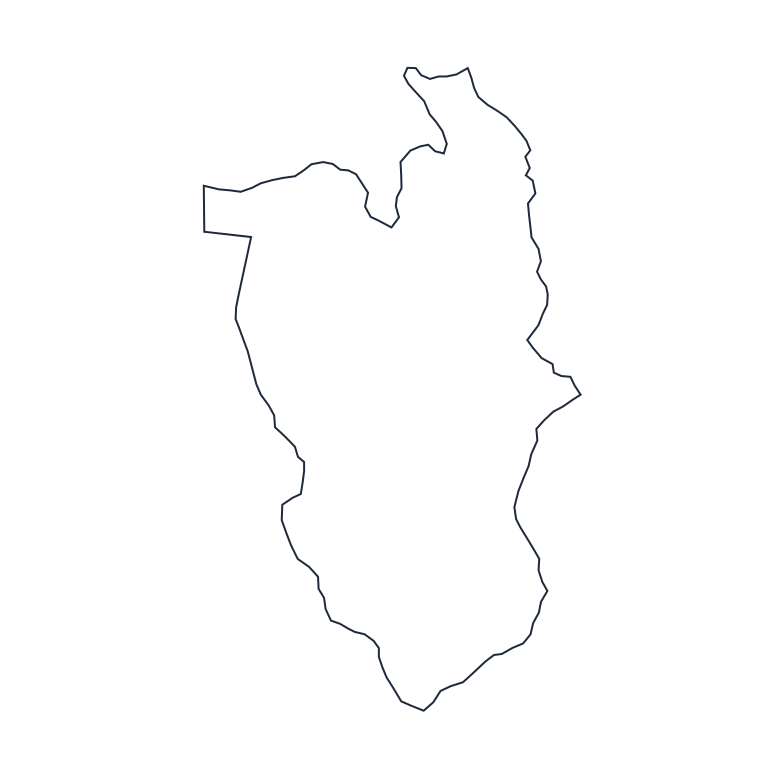 Lontras, Santa Catarina, Brazil (orthographic projection), rotated 5°
{"feature_id": "56859067B57169366495150", "entity_name": "Lontras", "entity_type": "district", "adm_level": 2, "iso_a3": "BRA", "parent_name": "Brazil", "parent_adm1": "Santa Catarina", "projection": "orthographic", "projection_center": [-49.504, -27.189], "detail": "fine", "context": "isolated", "style": "outline", "palette": "slate", "viewbox_px": 768, "rotation_deg": 5, "n_neighbors": 0, "source": "geoboundaries", "source_scale": "gbopen_adm2", "svg_char_len": 2139}
<svg xmlns="http://www.w3.org/2000/svg" viewBox="0 0 768 768"><g transform="rotate(5 384 384)"><path d="M439.9,62.0L429.2,69.3L419.5,72.2L411.6,72.9L403.2,76.1L394.1,73.1L388.1,66.5L379.8,67.0L377.0,75.2L382.0,82.7L388.6,89.0L399.4,98.8L406.0,111.4L412.9,118.2L420.2,127.0L425.6,139.3L423.5,149.1L414.6,147.7L407.3,141.8L399.5,144.1L390.0,149.1L381.1,161.4L382.9,174.2L384.4,187.5L380.6,196.7L380.3,205.8L384.4,216.7L377.8,227.4L364.4,221.7L356.2,218.7L349.7,209.0L351.4,194.8L343.6,184.8L337.9,177.5L329.8,174.3L321.7,174.3L313.9,169.3L304.1,168.2L292.6,171.4L285.8,177.8L277.2,184.8L265.5,187.5L254.7,190.7L243.7,194.8L235.6,200.0L224.5,205.0L214.0,204.5L202.6,204.5L187.2,202.2L191.7,248.0L238.8,249.2L231.7,305.6L230.0,320.3L230.5,332.2L234.9,341.0L240.2,352.4L245.4,363.3L256.9,395.5L262.3,405.5L271.1,415.5L277.3,424.8L279.2,436.6L287.5,443.0L294.8,449.1L300.8,454.4L304.6,464.0L311.2,468.7L312.0,477.4L311.6,488.3L310.7,500.8L302.9,505.3L293.2,513.1L294.0,528.6L300.2,542.0L305.5,552.9L313.3,565.8L325.3,572.7L335.1,581.8L336.7,593.8L342.9,602.3L345.5,613.4L351.8,624.3L361.3,626.8L369.4,630.7L376.4,633.5L386.5,635.0L396.2,640.9L401.9,647.6L402.7,656.4L407.2,666.6L412.1,676.0L419.4,685.6L428.9,698.7L439.4,702.2L452.0,706.0L460.9,696.7L467.1,684.8L476.8,679.2L488.7,674.2L498.4,663.7L509.0,651.8L517.1,644.4L524.8,642.7L535.0,635.7L545.1,630.4L551.8,620.7L553.4,609.3L558.2,598.2L559.4,587.2L564.8,575.9L559.1,567.6L554.2,556.1L553.9,544.7L546.9,534.7L539.2,524.2L532.3,514.9L527.4,507.1L524.6,495.3L527.3,478.7L531.4,464.9L535.2,453.2L536.8,441.2L541.7,426.9L539.7,415.5L546.5,406.4L555.1,396.8L564.4,390.7L573.5,383.1L580.8,377.5L574.1,369.0L569.1,360.6L560.0,360.6L552.2,357.9L550.2,349.5L538.8,344.5L529.1,334.9L522.9,327.7L532.7,312.0L536.1,300.2L539.6,291.0L539.3,280.4L536.9,272.6L531.2,266.2L526.7,258.8L529.6,248.0L526.2,236.0L518.2,225.1L515.9,213.5L513.6,202.3L511.7,191.6L518.2,181.0L514.4,168.4L507.1,163.7L510.4,156.2L505.0,145.3L509.4,138.4L504.7,129.3L499.0,122.9L491.7,115.5L483.1,107.7L473.7,102.3L462.7,96.8L452.9,89.8L448.0,81.3L444.3,71.3L439.9,62.0Z" fill="none" stroke="#1e293b" stroke-width="2"/></g></svg>